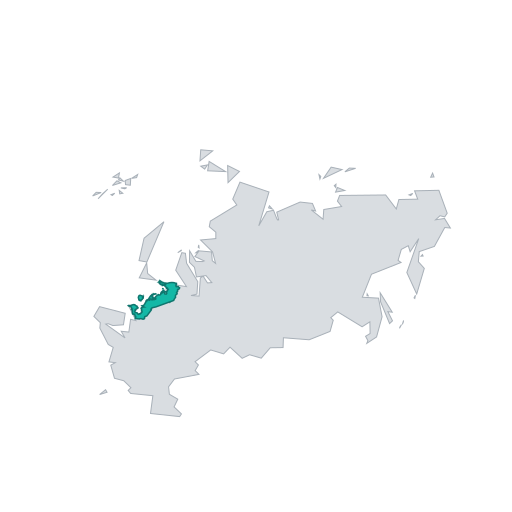 Nenets highlighted on a map of Russia, rotated 340°
{"feature_id": "RUS-2381", "entity_name": "Nenets", "entity_type": "Autonomous Province", "adm_level": 1, "iso_a3": "RUS", "parent_name": "Russia", "parent_adm1": "", "projection": "mercator", "projection_center": [54.749, 68.144], "detail": "fine", "context": "in_parent", "style": "filled", "palette": "teal", "viewbox_px": 512, "rotation_deg": 340, "n_neighbors": 0, "source": "natural_earth", "source_scale": "10m", "svg_char_len": 9382}
<svg xmlns="http://www.w3.org/2000/svg" viewBox="0 0 512 512"><g transform="rotate(340 256 256)"><path d="M341.6,373.3L330.2,376.0L332.2,373.8L331.5,368.9L336.7,367.9L340.5,356.8L331.5,358.8L313.7,336.5L305.2,339.5L306.6,342.8L299.8,352.2L277.3,352.9L253.8,342.2L250.1,351.3L238.0,347.1L226.0,353.8L216.2,346.6L208.0,347.4L200.4,332.8L192.1,336.9L181.3,328.8L162.6,334.5L164.6,338.7L159.6,342.9L161.9,347.7L137.3,343.7L129.1,349.0L127.3,356.3L133.5,363.8L127.4,369.8L131.9,378.9L129.3,380.8L103.0,367.9L111.3,352.0L91.2,342.3L89.9,338.6L93.4,337.0L89.1,328.0L81.2,322.5L82.2,308.9L87.3,308.1L81.6,305.2L90.6,293.0L86.9,288.6L84.6,270.3L86.9,265.4L83.0,257.3L91.7,250.1L113.5,265.1L107.9,275.3L97.7,272.4L94.0,269.1L91.5,268.6L104.9,288.2L103.6,280.6L110.5,284.0L116.5,272.6L121.1,275.7L119.2,258.9L125.4,260.2L127.3,264.3L123.0,267.0L126.8,270.9L144.6,256.7L143.2,261.6L158.9,261.0L161.8,250.8L180.2,261.0L175.7,241.9L187.4,227.5L190.6,229.3L188.3,239.1L192.5,260.2L187.5,271.6L181.4,270.9L188.8,274.2L196.2,257.6L199.4,256.8L201.2,264.7L205.4,265.9L202.3,257.3L192.9,255.3L194.3,245.6L191.3,239.2L195.4,228.4L197.7,240.5L204.0,243.0L205.6,242.9L198.4,235.6L204.3,231.7L215.6,237.0L213.3,245.5L215.5,249.1L216.6,237.3L209.4,222.0L224.2,225.9L226.4,219.9L222.1,212.5L225.0,207.6L255.4,201.5L253.6,194.6L266.2,181.1L290.1,200.3L268.9,228.6L281.3,218.1L288.1,219.0L288.3,228.2L288.7,229.6L289.6,229.8L290.5,221.9L315.9,220.4L327.0,225.9L327.4,234.1L323.7,231.6L331.6,244.4L335.6,235.5L353.4,238.8L351.3,232.3L355.3,227.7L398.7,243.0L403.9,259.8L409.6,251.8L427.4,257.9L427.3,249.0L450.3,256.8L450.3,281.2L446.7,283.8L442.7,281.1L437.1,283.4L446.0,285.2L448.2,296.2L443.1,293.8L426.9,308.0L410.9,307.7L406.6,316.9L409.9,325.2L394.0,346.7L392.1,323.1L414.9,295.3L402.3,304.7L402.6,298.4L394.8,299.5L388.0,308.7L390.1,311.7L358.3,312.6L341.8,331.1L356.7,337.5L353.7,356.2L341.6,373.3ZM181.2,192.3L151.4,224.3L144.5,220.3L156.9,201.0L181.2,192.3ZM360.1,333.0L364.8,355.4L360.9,353.4L362.1,363.6L358.4,365.2L357.4,341.6L360.1,333.0ZM138.8,236.6L150.9,225.1L148.2,235.4L153.8,244.5L138.8,236.6ZM346.0,206.1L357.0,198.2L366.4,204.2L346.0,206.1ZM244.3,151.1L256.3,166.3L239.7,159.4L244.3,151.1ZM240.4,137.3L251.3,142.4L235.9,147.4L240.4,137.3ZM260.3,161.3L269.4,170.9L254.8,177.5L260.3,161.3ZM368.3,207.3L373.8,205.3L379.6,207.7L368.3,207.3ZM61.7,332.7L68.9,330.2L69.4,333.1L61.7,332.7ZM133.1,145.1L139.5,142.5L127.2,148.2L133.1,145.1ZM356.0,219.5L361.8,224.8L352.6,223.2L356.0,219.5ZM136.0,255.4L132.7,258.4L131.2,256.4L132.8,253.2L136.0,255.4ZM145.2,140.6L151.0,137.8L154.0,141.0L145.2,140.6ZM164.8,140.3L162.1,146.5L157.8,144.3L158.9,140.3L164.8,140.3ZM170.6,141.5L165.7,140.5L172.7,138.9L170.6,141.5ZM157.3,246.5L158.9,251.8L155.9,247.9L157.3,246.5ZM241.5,153.8L237.5,156.8L234.8,152.7L241.5,153.8ZM148.6,132.9L156.1,131.2L153.4,135.7L148.6,132.9ZM450.3,242.6L447.1,241.7L450.3,238.5L450.3,242.6ZM127.6,141.5L132.2,143.4L123.0,143.7L127.6,141.5ZM187.7,225.4L183.6,226.1L187.7,224.9L187.7,225.4ZM285.8,213.4L287.4,217.4L284.3,215.1L285.8,213.4ZM424.7,250.8L422.1,252.1L420.7,250.9L424.7,250.8ZM155.7,148.0L152.3,145.8L157.8,147.6L155.7,148.0ZM154.8,135.9L157.0,140.4L152.8,137.5L154.8,135.9ZM372.6,367.0L371.9,368.4L370.1,370.4L372.6,367.0ZM149.9,147.6L152.3,151.5L149.2,151.0L149.9,147.6ZM204.1,231.0L201.1,232.6L200.4,232.4L204.1,231.0ZM413.0,313.2L411.0,312.6L412.9,311.6L413.0,313.2ZM355.7,215.9L354.4,219.0L353.6,216.7L355.7,215.9ZM347.5,329.6L347.9,331.9L346.7,331.3L347.5,329.6ZM392.4,347.4L390.7,350.2L390.2,349.4L392.4,347.4ZM144.7,148.7L141.7,150.0L140.7,148.8L144.7,148.7ZM206.0,226.0L205.3,228.9L204.7,228.0L206.0,226.0ZM344.1,203.4L342.4,205.5L343.0,201.1L344.1,203.4ZM366.6,372.2L369.3,370.2L366.6,372.6L366.6,372.2Z" fill="#d9dde1" stroke="#a8b0b8" stroke-width="1"/><path d="M121.3,273.3L121.4,273.0L121.7,272.7L121.8,272.0L122.2,271.7L121.7,271.0L121.9,270.7L122.0,270.3L122.1,270.1L121.8,269.6L121.5,269.3L121.7,269.0L121.0,268.6L120.4,268.5L120.2,268.3L120.2,267.9L120.3,267.5L120.8,266.0L120.9,265.4L121.2,265.4L121.2,265.2L121.1,264.6L121.0,264.3L121.0,264.0L121.3,264.0L121.5,263.8L121.1,263.7L121.3,263.4L121.1,263.3L121.8,262.9L121.2,263.1L121.2,262.7L121.4,261.6L121.4,261.4L119.2,259.3L119.0,259.0L119.5,258.9L120.8,259.7L124.0,259.7L124.6,259.9L125.5,260.4L125.7,261.2L126.9,262.4L126.8,262.6L127.0,262.6L127.0,263.2L127.4,264.0L127.4,264.3L127.3,264.5L126.6,264.5L125.7,264.8L124.1,265.0L124.0,265.3L124.1,265.5L124.0,265.9L123.6,266.0L123.3,266.3L123.0,266.9L123.0,267.3L123.1,267.6L123.4,267.9L124.7,268.6L125.2,270.3L125.7,270.7L126.4,270.6L126.8,270.4L127.1,270.5L126.6,271.2L127.1,270.8L127.9,270.6L129.1,270.1L129.4,270.2L129.5,270.4L129.5,270.0L129.9,269.4L129.9,268.9L129.7,268.4L130.0,268.1L129.9,267.5L130.4,266.9L130.1,266.1L130.1,265.9L130.6,265.5L130.7,265.9L131.1,265.3L131.7,265.5L132.2,265.1L132.3,265.2L132.2,265.3L132.7,265.3L132.9,265.4L132.8,265.5L133.2,265.6L132.6,265.0L132.4,265.1L132.4,264.8L132.4,264.4L131.9,263.7L132.1,263.7L132.5,264.2L133.2,264.2L135.4,262.7L135.0,263.2L135.3,262.9L135.8,262.2L136.4,261.9L137.2,260.8L137.5,261.1L137.9,261.0L138.8,260.5L139.1,260.5L139.2,260.4L139.1,260.1L140.3,259.7L140.6,259.5L140.3,259.9L140.3,260.1L140.9,260.0L141.1,260.2L140.9,260.2L140.9,260.5L140.5,260.8L140.8,261.2L141.2,261.1L141.6,260.6L141.8,260.5L142.0,260.2L141.4,259.4L141.4,259.2L141.7,259.2L141.4,259.1L141.2,259.5L140.9,259.4L141.0,259.1L143.2,257.5L144.7,256.9L145.9,256.6L146.4,256.7L145.9,257.0L144.1,257.3L144.2,257.6L144.4,257.6L144.4,257.4L144.9,257.5L145.1,257.7L144.7,258.0L144.6,258.3L144.6,258.8L144.4,259.0L144.8,260.0L144.9,260.7L144.6,261.1L144.1,260.6L144.3,261.1L143.7,260.9L143.5,261.1L143.4,261.0L143.1,261.5L143.4,261.7L144.6,261.7L145.0,261.9L145.2,261.7L145.5,261.2L145.5,261.6L145.5,261.9L146.3,261.3L146.7,262.2L147.0,262.2L147.3,261.7L147.1,261.2L147.3,260.7L147.7,260.1L148.4,259.6L149.2,259.5L149.9,259.0L150.4,259.2L151.1,259.2L151.1,259.5L151.3,259.1L151.9,259.6L152.5,259.7L153.1,259.6L153.3,259.4L153.8,258.4L154.6,258.4L154.7,258.1L154.6,257.9L154.6,257.7L155.1,257.4L155.3,257.4L155.2,257.8L155.4,258.2L155.6,258.3L155.5,258.5L155.8,258.4L155.4,258.0L155.3,257.8L155.4,257.4L156.9,256.7L157.7,256.7L157.7,256.8L157.1,256.9L156.9,257.1L157.4,257.3L158.2,258.3L158.1,258.7L157.6,258.7L157.3,259.2L157.3,259.6L157.4,259.8L157.3,260.3L157.4,260.6L158.8,261.1L159.2,260.8L159.5,260.3L159.4,259.8L159.0,259.1L159.1,258.8L159.4,258.6L159.8,258.8L160.7,258.6L161.3,257.9L161.6,257.4L161.9,257.3L161.8,257.2L161.9,256.7L161.8,255.9L161.5,255.5L161.3,255.5L161.4,255.9L161.3,256.0L161.0,255.8L161.0,254.9L160.9,254.5L160.3,253.6L160.1,252.9L159.9,252.7L159.9,252.4L160.1,252.1L161.2,252.1L161.2,251.9L161.1,251.7L161.3,251.6L161.2,251.3L161.3,251.0L161.8,250.7L162.1,250.9L162.2,250.7L162.4,250.9L163.0,251.2L163.9,251.4L165.9,251.6L167.8,252.1L169.6,252.9L170.6,253.6L171.7,254.6L171.6,254.8L171.3,254.7L171.1,255.4L171.2,255.7L171.5,255.3L171.5,254.9L171.8,254.8L171.7,255.3L171.1,255.8L170.9,256.1L170.5,256.5L170.7,257.0L170.5,257.3L170.6,257.6L171.1,257.7L171.2,257.4L171.9,258.0L172.4,258.0L172.5,258.1L172.5,258.5L172.6,258.8L172.7,259.0L173.0,259.5L173.3,259.7L173.1,260.1L172.8,260.5L171.7,260.8L171.1,260.6L170.6,261.0L170.5,261.5L170.5,262.0L170.3,262.0L170.1,262.2L170.0,262.4L168.9,263.1L169.1,263.6L169.0,263.8L169.1,264.0L168.9,264.4L168.6,264.5L168.5,264.8L167.9,264.8L167.1,265.4L166.5,266.0L166.4,267.2L164.1,268.8L163.5,269.6L159.8,269.7L159.4,269.9L159.4,269.6L144.5,269.6L140.6,269.1L140.2,269.5L139.8,269.6L139.7,269.9L139.0,270.1L139.0,270.4L138.9,270.7L139.1,270.9L139.0,271.0L132.9,275.0L130.8,274.9L130.7,275.3L130.4,275.4L129.9,276.1L129.9,276.6L129.7,276.8L129.1,276.7L128.3,276.8L126.5,275.5L125.2,275.2L125.0,275.3L122.9,274.3L122.2,273.9L122.0,273.5L121.6,273.2L121.3,273.3ZM136.1,255.7L136.1,255.9L135.8,256.6L135.6,256.7L135.7,256.3L135.9,255.6L135.2,256.2L135.0,256.6L134.7,257.4L133.9,258.0L133.7,258.0L131.9,258.5L131.2,257.6L131.3,257.5L131.0,257.4L131.1,256.8L131.0,256.7L131.1,256.4L131.2,255.8L131.1,255.3L131.2,254.8L131.9,253.8L132.7,253.2L133.6,253.2L135.7,254.9L136.1,255.7ZM160.9,251.0L160.7,251.4L160.7,251.7L160.2,252.0L159.6,251.7L159.4,252.0L159.2,251.9L158.5,251.8L158.6,251.7L158.4,251.5L158.5,251.3L158.7,251.1L158.2,250.5L157.9,250.6L157.0,250.2L157.5,250.7L157.2,250.8L156.4,249.7L156.1,249.2L156.1,248.8L156.1,248.7L155.8,248.4L155.9,248.1L155.7,247.9L156.7,248.2L156.6,247.9L155.9,247.4L156.3,247.4L156.6,247.0L156.5,246.7L156.8,246.7L157.2,246.3L157.3,246.6L157.9,247.1L158.2,247.7L158.4,247.9L158.5,248.3L159.0,248.5L159.0,248.8L159.4,249.1L159.7,249.1L160.4,250.1L160.6,250.0L160.7,250.3L160.7,250.7L160.9,251.0ZM138.2,260.0L139.0,260.1L138.2,260.3L137.3,260.8L137.5,260.5L138.2,260.0ZM157.7,255.5L157.3,255.0L156.6,254.4L157.5,255.0L157.7,255.5ZM145.8,261.3L145.8,261.6L145.5,261.6L145.6,261.3L145.8,261.1L145.8,261.3ZM144.7,261.0L145.0,261.0L144.9,261.4L144.7,261.3L144.7,261.0ZM148.4,257.0L148.7,257.3L148.0,257.3L148.0,257.2L148.4,257.0ZM146.6,256.6L146.7,256.8L146.6,257.0L146.4,256.9L146.6,256.6ZM145.5,257.9L145.9,258.1L146.0,258.2L145.5,257.9ZM132.5,258.7L133.2,258.9L132.4,258.7L132.5,258.7ZM147.3,257.1L147.5,257.3L147.2,257.2L147.3,257.1ZM134.3,257.9L134.1,258.1L134.3,257.9ZM135.3,257.1L135.6,256.9L135.5,257.1L135.3,257.1ZM134.7,257.5L135.0,257.3L134.7,257.5L134.7,257.5Z" fill="#14b8a6" stroke="#0f766e" stroke-width="1.5"/></g></svg>